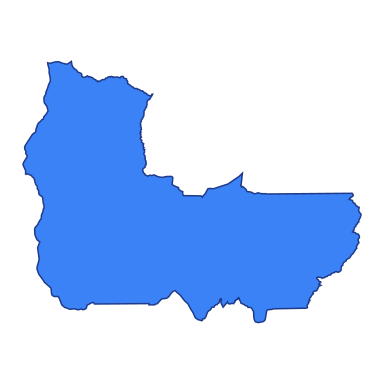 Yantzaza, Zamora Chinchipe, Ecuador (Mercator projection)
{"feature_id": "8360857B42265273644391", "entity_name": "Yantzaza", "entity_type": "district", "adm_level": 2, "iso_a3": "ECU", "parent_name": "Ecuador", "parent_adm1": "Zamora Chinchipe", "projection": "mercator", "projection_center": [-78.581, -3.714], "detail": "fine", "context": "isolated", "style": "filled", "palette": "blue", "viewbox_px": 384, "rotation_deg": 0, "n_neighbors": 0, "source": "geoboundaries", "source_scale": "gbopen_adm2", "svg_char_len": 5905}
<svg xmlns="http://www.w3.org/2000/svg" viewBox="0 0 384 384"><path d="M149.0,304.9L154.8,304.8L154.9,304.5L155.6,304.1L157.3,303.7L161.1,299.5L162.2,298.8L165.6,298.5L167.4,297.8L168.9,296.6L171.1,293.3L172.8,291.7L173.6,291.1L175.3,290.7L177.1,292.6L180.3,295.2L184.5,300.7L187.9,303.8L190.6,308.9L193.0,312.6L195.3,317.8L197.9,319.6L201.7,320.7L202.4,320.4L202.3,319.4L202.5,318.9L204.2,318.8L204.7,318.5L206.0,316.5L207.4,312.3L208.8,310.8L210.6,309.7L211.8,307.2L214.0,307.2L214.7,305.8L215.6,304.8L217.2,304.6L217.6,303.7L218.8,303.1L219.6,301.2L219.8,299.5L220.4,298.8L221.2,298.7L221.5,299.6L221.0,301.3L221.1,303.2L223.1,307.2L227.5,302.0L227.7,302.9L228.7,303.8L230.5,303.9L231.9,303.3L233.7,303.7L234.2,302.5L234.9,302.1L234.9,301.2L235.8,300.4L235.3,300.3L235.6,300.0L238.4,298.9L237.7,298.3L238.4,297.6L239.3,298.3L239.5,299.8L240.3,301.0L240.8,302.9L241.2,303.3L243.9,304.4L245.3,305.6L247.0,305.8L248.0,307.4L250.1,307.4L251.9,308.3L252.7,310.3L253.5,311.3L253.9,318.0L254.6,320.5L255.7,322.0L258.3,322.6L263.2,321.6L264.7,320.5L265.4,318.7L266.7,310.8L267.6,309.8L271.5,309.4L273.8,308.8L306.0,308.2L306.5,307.9L307.0,307.9L307.4,307.6L307.2,305.3L308.6,303.0L308.5,302.1L309.0,302.0L309.0,300.4L309.9,300.4L309.6,298.9L310.0,297.7L311.0,296.7L311.9,295.1L313.4,293.7L312.8,292.9L313.2,292.1L314.7,290.9L315.2,290.8L315.8,291.1L316.9,290.5L317.0,289.5L317.8,288.8L318.7,286.4L320.9,285.3L319.2,284.5L318.9,284.0L320.7,282.5L320.7,281.9L319.1,281.4L318.4,279.9L316.8,278.6L316.7,277.6L317.9,277.1L320.7,277.4L322.2,278.3L322.9,277.8L324.6,277.6L325.6,276.7L327.1,276.5L328.5,275.1L330.5,275.0L331.6,273.6L333.1,272.7L334.5,272.6L335.1,271.7L336.7,271.7L337.2,272.1L338.2,272.2L339.3,271.9L341.0,270.4L341.2,267.0L341.7,265.9L342.7,265.5L342.9,263.9L343.7,262.4L346.0,261.1L346.5,259.7L347.2,259.1L349.4,258.0L350.7,256.4L351.0,255.4L353.4,253.2L354.2,251.5L355.0,250.8L355.1,250.0L356.8,248.3L356.4,246.5L358.0,243.8L358.9,242.9L358.8,241.9L358.5,241.7L358.0,240.3L358.5,238.6L359.4,237.8L359.3,236.0L358.6,234.6L358.1,234.1L356.4,233.7L355.3,232.6L354.3,232.3L353.7,232.4L352.4,231.9L353.3,230.7L353.9,230.4L354.0,228.8L355.0,226.9L355.8,226.3L356.2,224.6L357.4,223.8L357.5,222.9L358.8,222.0L359.0,219.7L360.1,217.9L361.0,215.2L360.8,213.7L359.4,212.5L358.6,210.4L359.2,207.3L357.6,206.8L356.3,205.5L355.7,205.2L354.9,203.5L353.2,202.7L352.4,200.5L349.1,199.4L349.8,198.1L350.4,198.1L351.1,197.2L351.6,197.1L353.2,195.8L352.9,195.3L353.1,194.6L352.2,193.3L267.0,194.0L266.1,193.7L261.6,193.7L257.9,192.8L255.3,193.8L253.5,193.4L251.6,192.3L249.2,191.7L247.9,191.8L246.8,191.3L246.1,189.4L243.8,187.5L243.8,187.2L242.6,186.8L241.8,187.1L241.6,185.9L240.6,185.7L240.7,185.0L241.2,184.1L242.4,173.2L239.2,176.3L228.0,184.0L214.2,188.5L212.2,188.8L210.5,188.4L208.5,188.6L207.8,188.9L205.6,193.0L204.5,194.6L203.4,195.4L202.4,197.2L201.1,195.9L183.4,195.6L182.5,193.1L182.9,191.9L182.1,191.3L180.9,191.1L178.5,189.1L178.4,188.7L178.7,188.0L178.3,187.5L175.0,186.2L172.2,184.7L172.8,177.4L171.5,176.4L166.5,176.5L162.2,177.4L158.3,176.8L154.0,174.9L151.6,175.6L150.3,175.2L149.4,175.4L147.9,176.1L145.1,174.9L144.8,173.8L143.3,172.6L142.7,169.3L142.9,168.8L145.0,167.3L145.3,165.3L146.0,165.0L146.2,163.7L145.9,163.1L146.1,162.4L145.8,160.7L145.3,159.9L145.0,158.5L145.3,157.8L145.0,157.2L145.0,155.8L143.9,154.4L144.0,152.8L144.6,152.2L144.3,150.4L144.7,149.5L143.6,149.4L143.4,149.1L143.5,148.4L144.0,147.5L143.2,147.0L143.4,145.6L142.9,144.8L143.7,143.9L141.5,142.1L141.8,140.2L140.6,139.4L140.3,137.8L141.4,137.2L140.7,135.9L140.9,134.7L140.4,134.4L140.1,133.4L141.0,132.7L140.3,132.0L140.8,131.4L140.8,130.4L141.4,129.3L141.1,127.2L140.5,126.3L140.8,125.1L140.6,124.8L140.5,122.7L141.4,121.1L141.2,120.3L142.2,119.0L143.8,115.8L144.1,110.7L144.8,110.1L145.3,108.6L146.3,107.4L147.0,104.4L146.9,102.7L147.5,100.7L148.3,99.8L149.7,99.4L150.3,98.0L152.0,95.6L152.6,94.2L151.8,94.3L151.7,95.3L151.0,95.8L149.2,95.5L147.3,94.8L147.1,94.2L145.5,93.0L144.3,93.0L144.3,92.5L142.5,90.8L141.2,91.0L139.5,89.7L138.7,89.3L137.9,89.3L136.7,88.5L134.5,88.6L133.3,87.2L132.2,86.9L129.1,84.4L127.6,83.5L127.6,81.5L127.0,80.3L126.4,79.9L126.4,78.8L123.9,78.1L123.2,76.5L121.3,76.5L120.6,77.0L120.3,77.8L119.8,77.9L118.0,77.1L116.5,77.0L115.3,77.3L114.1,77.0L113.2,77.4L113.0,76.9L111.8,76.5L111.4,76.4L110.3,77.1L109.5,76.6L108.0,77.1L107.3,78.0L105.9,78.0L104.6,79.6L102.7,79.6L101.2,80.2L100.4,81.0L99.1,81.1L98.7,81.5L97.8,81.0L97.6,81.6L95.9,80.6L95.7,79.6L94.2,79.4L92.9,77.9L89.1,76.5L88.4,76.9L87.5,75.9L84.3,77.4L82.9,77.0L81.8,76.2L81.8,74.6L81.1,73.4L77.4,71.8L76.9,70.5L73.3,67.8L71.9,64.9L71.4,61.4L68.1,63.7L66.7,64.2L62.0,63.1L59.8,62.1L58.0,61.7L54.8,62.0L50.7,63.2L48.6,63.1L47.7,62.8L47.9,64.6L49.2,69.5L49.1,73.0L50.1,76.9L50.3,81.2L48.6,84.7L47.6,88.1L46.5,90.7L45.9,92.4L45.7,94.3L44.1,97.0L43.9,99.1L44.3,102.8L46.9,106.4L48.1,110.9L46.2,114.1L43.9,116.7L43.2,119.2L41.9,119.6L40.8,121.1L38.7,122.8L37.6,124.5L35.9,129.5L35.9,131.8L32.8,134.0L32.0,135.0L25.2,145.6L24.6,146.9L24.8,149.3L25.8,151.0L25.8,153.8L26.7,154.8L27.3,156.6L24.4,161.1L23.0,163.8L23.3,165.6L25.6,170.5L25.6,174.0L26.1,174.4L27.8,173.8L29.6,174.9L31.0,175.1L32.5,177.0L33.7,177.9L34.6,179.9L35.0,182.1L35.8,184.6L37.0,185.9L37.4,187.3L37.3,188.7L38.5,190.4L38.9,194.1L40.4,195.6L41.7,196.3L42.6,197.5L43.4,203.8L44.1,205.8L43.9,208.0L43.3,209.1L43.0,211.4L41.4,215.4L41.3,218.2L38.4,222.8L38.0,224.3L35.3,227.3L34.6,229.1L34.9,234.5L35.6,236.7L37.0,239.7L39.8,242.0L37.6,247.7L38.9,256.9L39.1,259.8L37.1,266.9L37.0,269.1L38.7,274.0L43.7,280.9L44.2,282.0L51.0,288.1L51.6,294.0L52.4,295.5L54.3,296.5L58.3,296.5L59.6,299.1L61.8,304.9L64.6,307.4L67.5,308.2L69.0,309.1L71.2,309.2L73.9,308.8L78.4,309.8L81.1,309.0L82.9,309.7L83.8,309.6L85.1,309.1L86.1,308.4L86.6,307.4L86.9,305.4L91.5,302.8L93.1,302.5L93.7,302.7L94.2,303.8L94.5,304.0L149.0,303.6L149.0,304.9Z" fill="#3b82f6" stroke="#1e3a8a" stroke-width="1.5"/></svg>